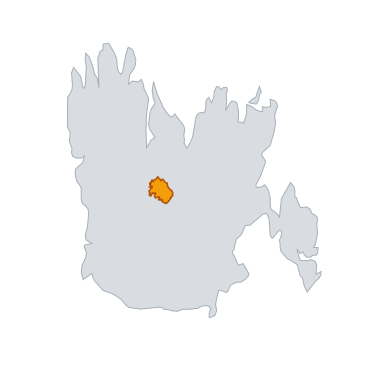 Nenagh Lea-5, North Tipperary, Ireland (highlighted), rotated 103°
{"feature_id": "5873133B70886709487680", "entity_name": "Nenagh Lea-5", "entity_type": "district", "adm_level": 2, "iso_a3": "IRL", "parent_name": "Ireland", "parent_adm1": "North Tipperary", "projection": "natural_earth1", "projection_center": [-8.077, 52.997], "detail": "fine", "context": "in_parent", "style": "filled", "palette": "amber", "viewbox_px": 384, "rotation_deg": 103, "n_neighbors": 0, "source": "geoboundaries", "source_scale": "gbopen_adm2", "svg_char_len": 7547}
<svg xmlns="http://www.w3.org/2000/svg" viewBox="0 0 384 384"><g transform="rotate(103 192 192)"><path d="M249.0,67.9L240.0,72.6L238.6,74.4L236.1,81.6L235.8,83.7L230.1,91.7L226.9,93.4L222.1,94.7L219.4,96.0L216.0,95.3L211.7,95.4L209.5,96.8L209.6,97.9L210.9,99.2L218.9,102.9L218.5,104.4L216.2,106.2L201.8,110.5L197.6,113.1L196.1,114.9L197.6,117.8L209.1,126.4L211.0,127.4L212.7,132.4L222.9,134.5L227.0,137.7L230.6,138.4L238.3,138.2L241.5,139.4L243.2,138.5L244.2,136.8L252.9,130.6L250.2,126.0L258.9,118.2L261.3,118.3L265.4,120.7L268.8,124.0L270.0,128.5L273.2,132.5L275.3,133.9L280.8,134.7L282.2,136.2L281.2,142.0L282.0,144.0L296.3,143.8L301.9,141.3L306.9,141.8L309.3,144.4L310.4,147.0L306.2,148.0L301.8,147.5L299.6,149.3L299.5,152.6L301.0,157.0L304.0,160.1L306.5,167.1L308.5,174.9L311.6,179.5L312.3,185.4L311.9,188.2L312.5,193.4L311.2,195.2L312.2,200.0L317.6,215.6L318.7,227.8L316.2,232.3L312.8,236.7L310.6,241.8L308.9,247.4L308.0,256.3L300.6,266.8L297.5,269.4L293.8,271.1L301.9,278.4L295.4,281.7L288.2,282.7L280.3,280.9L275.3,281.1L269.1,284.9L267.6,284.2L264.6,278.2L262.5,284.4L257.9,286.4L250.1,286.0L237.0,287.7L232.0,289.4L229.9,292.2L228.4,295.4L226.3,297.3L224.0,298.3L213.9,300.7L211.9,301.6L207.2,306.8L201.1,309.8L196.0,310.7L191.5,307.7L189.6,305.9L187.5,305.0L180.6,305.1L182.8,306.1L184.2,308.2L184.9,312.3L184.1,316.3L180.7,318.3L176.6,318.7L170.1,322.9L161.6,324.0L156.9,327.8L128.7,334.3L127.1,334.4L123.2,332.7L119.0,332.0L114.8,332.5L102.9,336.2L97.2,335.4L104.6,326.4L114.4,321.9L115.4,320.6L112.2,320.0L93.6,323.2L87.1,325.9L80.6,326.7L83.6,322.5L92.0,316.9L99.3,313.2L102.4,309.9L111.2,306.2L82.8,313.9L75.4,313.0L73.7,310.8L67.9,311.8L65.7,306.6L74.4,298.7L79.4,295.3L85.4,293.5L91.1,290.9L93.3,287.6L90.6,286.6L73.5,287.4L65.3,286.7L65.8,284.2L67.3,281.4L75.8,276.5L80.4,275.8L84.5,276.2L91.7,279.1L101.3,278.2L97.4,275.1L96.7,268.8L93.7,266.7L97.6,263.8L102.1,262.0L109.7,256.0L112.3,255.1L127.2,253.7L143.1,250.5L159.0,246.2L150.9,243.7L147.0,240.5L140.7,247.0L136.2,249.5L123.5,250.8L119.5,250.1L113.9,248.1L112.1,248.8L110.4,250.4L102.0,253.6L93.2,254.3L103.5,248.5L116.6,238.6L119.5,235.5L123.7,230.1L122.4,227.6L119.8,226.3L129.2,215.1L132.6,213.1L138.6,212.8L143.0,211.0L145.0,211.0L146.7,210.3L150.6,207.0L144.7,204.9L138.5,203.8L119.4,204.9L116.9,204.7L114.5,203.7L113.0,202.2L111.9,198.4L110.5,197.5L106.2,197.5L101.9,198.7L98.9,198.6L96.0,196.9L100.7,193.1L94.7,192.1L88.7,192.9L83.6,191.7L83.5,189.3L85.8,186.9L82.9,184.6L82.3,181.7L85.5,180.3L88.9,180.7L96.1,178.6L105.2,177.5L97.4,175.4L94.3,173.6L94.2,170.8L94.8,168.5L103.9,164.5L113.5,162.7L112.8,160.0L113.5,157.2L103.8,156.4L94.2,158.4L95.3,152.9L97.6,148.0L98.1,144.7L97.7,141.3L93.2,142.8L92.7,137.9L90.8,134.5L84.1,136.8L84.4,132.4L86.3,129.3L89.8,127.9L93.2,128.5L99.6,128.5L105.8,126.1L114.7,125.5L128.9,126.3L138.6,132.8L141.1,131.7L145.0,127.5L146.8,127.1L161.5,128.9L170.6,131.3L173.1,130.5L171.8,125.9L168.6,122.7L172.6,118.5L177.4,115.7L180.6,114.3L188.0,112.6L191.2,110.9L193.3,105.5L196.7,101.1L178.2,103.4L160.6,98.1L163.4,94.4L167.2,92.2L173.6,90.6L174.2,88.7L177.4,87.0L182.8,82.8L180.8,77.2L181.9,73.2L185.8,70.5L187.0,66.7L188.7,63.9L196.5,62.9L204.0,60.3L215.6,60.0L218.6,61.0L217.9,56.5L223.4,55.9L225.5,56.8L226.4,60.0L228.9,62.1L229.7,65.7L228.0,68.5L225.3,70.6L227.8,72.8L223.9,76.8L228.1,75.1L234.2,71.2L233.8,68.0L232.8,64.1L231.1,60.5L231.9,56.5L235.3,54.0L244.2,52.8L240.5,48.3L243.8,47.8L247.3,48.8L252.5,52.3L263.6,57.2L258.2,61.6L251.6,64.6L249.0,67.9ZM92.3,154.7L92.0,156.8L87.8,154.2L85.7,151.3L74.0,150.0L78.9,147.1L81.3,147.9L89.6,148.0L91.9,149.3L92.3,154.7Z" fill="#d9dde1" stroke="#a8b0b8" stroke-width="1"/><path d="M204.4,232.3L204.8,232.4L204.8,232.0L204.8,231.8L205.0,231.7L205.2,231.3L204.7,231.2L204.4,231.2L204.0,231.0L203.8,231.0L203.8,230.9L203.7,230.9L203.4,230.7L203.0,230.7L202.7,230.5L202.3,230.6L202.1,230.6L202.0,230.2L202.0,229.9L201.7,229.8L201.8,229.6L202.2,228.9L202.0,228.7L201.7,228.4L201.2,227.7L201.5,227.5L201.5,227.3L201.7,227.1L201.8,226.9L202.1,226.9L202.8,227.3L203.4,227.5L203.7,227.7L204.0,227.6L204.8,227.5L205.0,227.2L205.3,226.9L205.2,226.7L205.3,226.4L205.5,226.3L205.9,226.2L205.6,225.8L205.1,224.9L205.2,224.6L205.2,224.4L204.7,224.0L204.2,223.7L204.2,223.0L204.2,222.9L204.3,222.9L204.6,222.8L204.6,222.7L204.9,222.4L205.5,222.6L205.8,222.6L206.0,222.7L206.4,222.7L206.6,222.7L206.7,222.9L206.8,222.9L207.1,222.8L207.3,222.7L207.3,222.4L207.2,222.2L206.7,221.9L206.8,221.9L206.6,221.5L206.6,221.2L206.8,220.8L206.8,220.7L206.7,220.7L206.6,220.4L206.6,220.2L206.8,220.0L207.0,219.9L206.9,219.9L207.0,219.8L206.7,219.5L206.8,219.5L206.7,219.5L206.7,219.4L206.5,219.2L206.8,219.1L207.1,218.9L207.2,219.0L207.5,219.0L208.0,219.1L208.1,218.9L208.1,218.7L208.0,218.4L208.2,218.2L208.3,217.8L208.5,217.6L208.6,217.4L208.6,217.2L208.5,216.9L208.6,216.7L208.8,216.4L208.9,216.2L209.0,216.0L209.0,215.9L209.0,215.7L208.6,215.3L208.6,215.2L209.0,214.9L209.1,214.7L208.6,214.3L208.5,214.2L208.1,214.2L208.0,213.9L207.9,213.6L207.6,213.5L207.4,213.3L207.2,213.3L207.0,213.1L206.6,213.0L206.4,212.9L206.2,212.8L205.9,212.8L205.9,212.7L206.0,212.7L205.9,212.6L205.7,212.4L205.4,212.3L204.9,212.0L204.3,212.1L204.2,212.0L204.0,211.9L203.9,211.7L203.7,211.7L203.4,211.5L203.3,211.4L203.2,211.4L202.5,211.2L202.5,211.3L202.3,211.3L202.3,211.2L202.2,211.2L202.2,211.3L202.0,211.1L201.8,211.1L201.6,211.0L201.4,211.0L201.2,210.9L201.1,210.7L200.9,210.5L200.4,210.4L200.1,210.2L200.0,209.9L199.9,209.9L199.7,210.0L199.5,210.3L199.0,210.4L198.7,210.4L198.3,210.5L197.6,210.4L197.2,210.5L196.9,210.7L196.5,211.1L196.2,211.3L195.9,211.6L196.0,211.7L196.0,211.8L195.8,212.0L195.5,212.1L195.4,212.3L195.1,212.3L195.0,212.7L194.9,213.0L194.6,213.2L194.5,213.4L194.5,213.6L194.7,213.9L194.3,214.1L194.2,214.4L193.9,214.7L193.8,214.9L193.5,215.3L193.3,215.5L193.2,215.6L193.0,215.8L192.9,216.1L192.4,216.5L192.1,216.5L191.8,217.3L190.0,217.7L188.9,218.2L188.9,219.6L188.3,221.0L187.0,221.8L186.1,223.5L186.5,224.1L188.0,224.4L188.1,224.6L187.6,225.3L186.6,226.1L186.3,227.1L184.8,228.7L187.6,230.0L187.8,230.2L187.9,230.3L187.9,230.7L188.0,230.9L188.1,231.0L188.4,231.2L188.6,231.2L189.2,231.7L189.4,231.7L189.7,231.7L189.9,231.8L190.1,231.9L190.4,232.1L190.2,232.3L189.8,232.8L190.0,233.0L190.3,233.3L190.2,233.3L189.9,233.4L189.5,233.4L189.3,233.6L189.6,233.8L189.9,233.8L190.2,233.9L190.3,233.7L190.4,233.8L190.6,233.8L190.9,234.0L190.9,233.9L191.0,233.9L191.0,234.0L191.3,234.1L191.4,234.3L191.6,234.3L192.1,234.2L192.2,234.5L192.5,234.6L192.7,234.4L192.7,234.5L192.8,234.7L192.8,234.8L193.1,234.7L193.1,235.1L193.4,235.1L193.8,235.0L193.9,234.9L194.0,234.9L194.2,234.7L194.1,234.4L194.0,234.2L194.3,234.1L194.5,234.0L194.8,234.1L194.9,233.9L195.1,233.8L195.1,233.7L195.4,233.7L195.4,233.8L195.5,233.9L195.6,234.0L195.8,234.1L196.1,234.3L196.4,234.2L196.5,234.3L196.5,234.1L196.7,233.9L196.2,233.8L195.9,233.6L195.9,233.3L196.0,233.3L196.0,233.2L196.1,232.8L195.9,232.8L195.8,232.7L196.2,232.6L196.3,232.5L196.5,232.5L196.4,232.3L196.3,232.2L196.2,232.1L196.3,232.1L196.4,231.9L196.6,231.9L196.8,231.8L197.1,232.0L197.2,232.3L197.4,232.5L197.6,232.7L197.6,232.8L197.7,233.0L197.8,233.0L198.0,233.0L198.7,233.1L199.6,233.5L199.9,233.5L200.0,233.6L200.1,233.8L200.6,234.0L201.0,234.0L201.1,233.9L201.3,233.9L201.5,233.8L201.6,233.7L201.9,233.6L201.9,233.4L202.1,233.3L202.4,233.2L202.4,232.8L202.6,232.8L202.9,232.9L203.0,232.9L203.4,232.9L203.2,232.7L203.4,232.5L203.4,232.4L203.3,232.2L203.5,232.1L203.9,232.1L204.1,232.2L204.3,232.0L204.4,232.3Z" fill="#f59e0b" stroke="#b45309" stroke-width="1.5"/></g></svg>